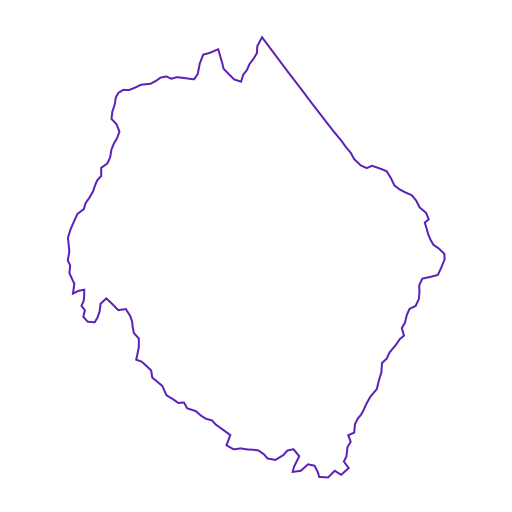 outline of Rinópolis, São Paulo, Brazil, rotated 182°
{"feature_id": "56859067B4040247009846", "entity_name": "Rinópolis", "entity_type": "district", "adm_level": 2, "iso_a3": "BRA", "parent_name": "Brazil", "parent_adm1": "São Paulo", "projection": "albers", "projection_center": [-50.712, -21.682], "detail": "fine", "context": "isolated", "style": "outline", "palette": "violet", "viewbox_px": 512, "rotation_deg": 182, "n_neighbors": 0, "source": "geoboundaries", "source_scale": "gbopen_adm2", "svg_char_len": 2375}
<svg xmlns="http://www.w3.org/2000/svg" viewBox="0 0 512 512"><g transform="rotate(182 256 256)"><path d="M437.6,212.1L431.9,215.1L426.5,216.3L426.3,210.6L426.6,205.3L428.7,200.1L425.1,195.8L426.5,189.3L422.0,184.5L414.9,184.1L412.3,188.8L410.4,194.9L409.6,203.0L404.1,208.4L398.2,203.2L391.7,197.1L384.2,198.4L379.5,191.4L377.6,186.4L376.7,180.4L375.4,174.9L370.2,169.3L369.9,161.0L371.1,153.7L372.1,148.2L366.5,146.4L361.4,142.1L356.8,138.0L355.4,130.8L345.2,123.0L340.6,113.7L334.1,110.1L328.5,106.4L322.9,107.1L319.5,101.4L310.9,98.9L305.3,94.5L300.5,91.6L294.3,90.2L290.4,86.2L281.3,80.1L275.4,76.2L278.9,65.8L271.6,62.0L264.6,63.2L257.4,62.3L252.2,62.3L246.9,61.8L240.9,57.9L237.4,54.0L229.5,52.9L221.8,57.9L217.8,62.7L211.8,64.2L205.8,57.4L210.7,46.6L211.8,41.5L203.7,42.9L196.8,49.6L190.2,48.5L186.8,42.4L185.1,37.4L176.2,37.2L169.8,44.1L163.2,40.3L156.0,47.3L161.0,53.7L158.6,58.9L157.9,68.2L154.9,73.7L157.6,80.1L151.7,82.9L151.2,91.4L148.7,96.9L145.4,101.2L142.8,106.4L140.9,111.4L136.9,119.2L130.6,127.3L128.8,136.2L126.6,144.2L126.4,153.4L121.8,158.0L119.1,164.4L113.2,171.9L109.4,178.0L105.3,181.6L107.8,189.1L104.8,194.5L103.3,202.1L100.7,208.5L94.7,211.7L91.7,218.9L91.4,226.2L91.9,232.3L89.0,239.2L80.9,241.2L73.6,243.4L70.1,251.7L67.4,259.3L67.9,264.8L73.7,270.0L79.1,273.4L82.2,278.4L84.7,283.7L86.5,289.7L88.5,295.2L84.7,298.7L87.5,305.0L94.2,310.3L98.0,317.2L102.5,322.2L109.5,325.0L115.1,327.7L120.2,331.4L123.8,338.4L128.4,345.3L135.0,347.7L143.2,350.2L148.4,347.7L154.5,350.2L161.3,356.3L164.9,362.4L169.9,367.9L174.2,373.6L183.8,384.4L208.6,414.3L213.4,420.4L231.3,442.1L257.6,474.8L262.0,465.8L262.2,458.7L265.1,453.4L269.2,447.6L271.6,441.5L275.1,436.7L277.0,429.7L284.0,431.7L289.4,436.7L295.0,442.1L296.6,448.0L298.6,454.0L301.0,461.3L309.3,457.4L315.8,455.4L318.9,446.5L320.6,435.8L324.1,430.4L341.1,432.0L346.9,430.2L351.8,432.3L357.5,431.0L362.3,427.4L367.5,424.4L376.8,423.2L382.3,420.3L388.5,417.5L394.6,417.3L399.2,414.3L401.6,409.7L402.5,402.5L404.6,395.2L405.2,387.9L400.0,382.9L396.8,375.5L399.0,368.8L401.9,363.6L404.2,357.2L405.2,349.6L407.8,343.3L413.8,338.7L413.5,330.5L417.3,326.2L419.5,320.4L421.1,314.9L424.6,308.3L428.1,303.0L429.7,296.9L436.0,291.7L439.3,283.7L442.4,275.8L444.6,267.6L443.8,262.1L442.7,253.7L444.0,245.0L441.4,240.2L441.9,232.3L436.6,221.9L437.6,212.1Z" fill="none" stroke="#5b21b6" stroke-width="2"/></g></svg>